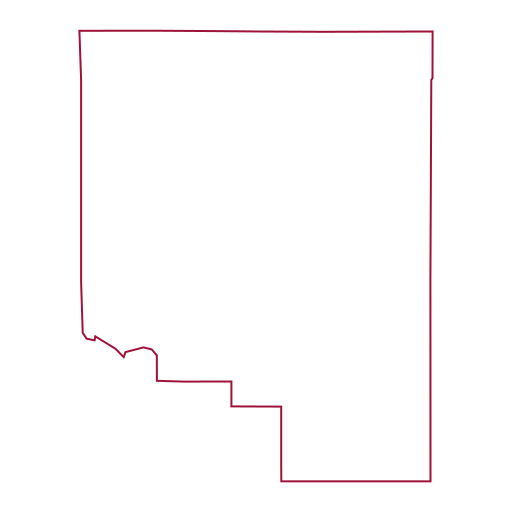 Toole, Montana, United States of America
{"feature_id": "52423323B49252617334437", "entity_name": "Toole", "entity_type": "district", "adm_level": 2, "iso_a3": "USA", "parent_name": "United States of America", "parent_adm1": "Montana", "projection": "mercator", "projection_center": [-111.838, 48.609], "detail": "fine", "context": "isolated", "style": "outline", "palette": "rose", "viewbox_px": 512, "rotation_deg": 0, "n_neighbors": 0, "source": "geoboundaries", "source_scale": "gbopen_adm2", "svg_char_len": 504}
<svg xmlns="http://www.w3.org/2000/svg" viewBox="0 0 512 512"><path d="M82.7,332.8L86.6,338.7L94.6,340.3L95.3,336.4L115.4,348.7L123.7,357.1L125.5,352.1L143.5,347.4L151.7,349.4L156.8,355.3L156.9,380.8L183.8,381.6L231.4,381.5L231.4,406.4L281.2,406.6L281.2,464.8L281.3,481.3L379.4,481.3L430.5,481.3L430.4,281.5L431.3,79.9L432.5,78.2L432.6,31.5L391.6,31.6L323.3,31.8L260.2,31.5L216.1,31.1L152.0,30.7L79.4,30.8L81.1,80.0L81.1,239.6L81.1,281.5L82.7,332.8Z" fill="none" stroke="#9f1239" stroke-width="2"/></svg>